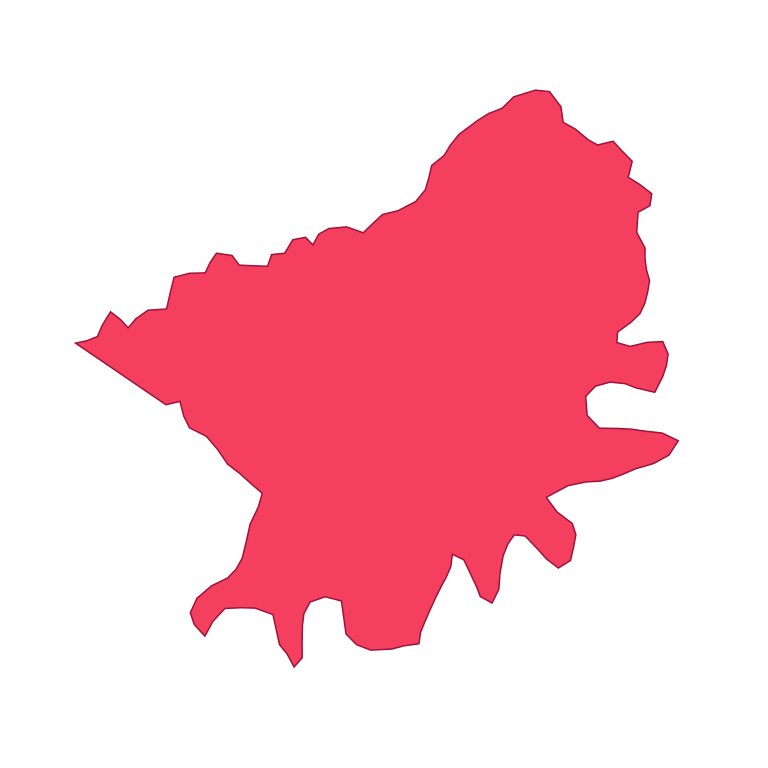 Palmitinho, Rio Grande do Sul, Brazil, rotated 260°
{"feature_id": "56859067B63101725720480", "entity_name": "Palmitinho", "entity_type": "district", "adm_level": 2, "iso_a3": "BRA", "parent_name": "Brazil", "parent_adm1": "Rio Grande do Sul", "projection": "albers", "projection_center": [-53.596, -27.32], "detail": "fine", "context": "isolated", "style": "filled", "palette": "rose", "viewbox_px": 768, "rotation_deg": 260, "n_neighbors": 0, "source": "geoboundaries", "source_scale": "gbopen_adm2", "svg_char_len": 2185}
<svg xmlns="http://www.w3.org/2000/svg" viewBox="0 0 768 768"><g transform="rotate(260 384 384)"><path d="M513.5,676.9L524.9,680.7L536.4,670.2L545.1,660.4L560.2,667.1L572.7,658.5L583.3,651.8L582.3,635.8L589.1,627.5L601.8,616.7L610.5,605.9L626.3,606.4L643.2,597.8L647.1,584.2L644.3,561.7L635.0,548.1L632.2,534.0L627.4,522.3L617.0,501.5L607.8,490.9L598.7,483.0L590.9,468.9L579.6,464.1L568.1,458.4L558.2,446.9L552.2,427.8L551.2,412.0L544.0,400.8L536.5,389.8L545.2,374.5L546.7,356.8L542.9,345.8L533.4,338.1L542.1,332.1L541.9,319.2L530.0,308.9L531.0,295.8L520.2,289.8L523.0,276.4L526.2,262.1L537.0,256.6L541.9,241.7L533.8,233.8L524.5,227.2L526.8,211.8L525.6,195.8L510.5,189.1L495.6,182.9L497.7,164.5L491.4,151.1L483.7,141.8L493.1,135.8L502.6,127.2L490.7,116.7L480.5,110.0L478.2,98.7L477.8,87.3L401.4,165.7L402.3,180.0L387.2,181.2L374.7,184.8L363.2,200.1L348.5,208.7L332.2,216.1L320.7,226.6L308.1,236.4L297.5,245.1L284.6,238.8L269.2,227.8L254.2,221.6L237.2,214.2L227.4,206.3L220.1,196.3L215.3,179.3L205.5,162.6L192.3,153.5L180.0,155.4L166.8,163.8L180.0,174.3L190.6,188.4L188.5,204.4L185.7,218.1L176.2,234.6L145.6,235.8L134.7,241.8L120.9,246.3L128.6,255.9L143.9,258.5L159.8,261.6L171.7,265.2L182.1,273.3L184.7,289.1L177.7,304.4L163.7,303.9L144.3,303.2L132.0,311.8L124.2,324.7L121.6,345.8L122.7,358.0L122.1,373.3L133.1,376.9L142.2,382.6L154.1,390.5L164.8,397.9L173.9,404.6L183.3,412.0L192.4,418.0L204.5,421.8L196.9,432.1L185.8,435.2L168.0,440.0L158.0,441.9L149.5,452.4L162.0,461.5L177.3,465.3L194.1,471.5L204.9,478.2L212.8,486.1L209.8,496.6L196.2,505.7L183.3,513.8L172.5,523.7L177.8,537.0L192.0,543.0L202.4,546.8L213.9,545.2L227.9,532.2L244.2,524.1L251.9,547.5L252.5,565.7L250.8,580.1L251.5,592.3L253.6,603.3L256.8,616.9L258.9,635.8L264.5,652.3L277.0,664.0L287.4,649.4L292.3,632.7L296.5,620.0L299.5,607.1L303.1,588.4L317.9,578.6L336.8,580.5L345.1,591.8L346.6,607.1L342.4,621.7L336.4,631.5L328.8,649.2L342.8,659.7L353.2,665.4L364.2,669.0L377.4,665.9L379.3,650.6L378.3,632.7L384.4,620.5L394.6,623.1L401.8,637.7L408.8,648.2L418.2,654.9L429.0,659.7L439.8,663.5L450.9,662.3L462.3,662.8L472.5,664.7L489.5,659.2L509.0,664.0L513.5,676.9Z" fill="#f43f5e" stroke="#9f1239" stroke-width="1.5"/></g></svg>